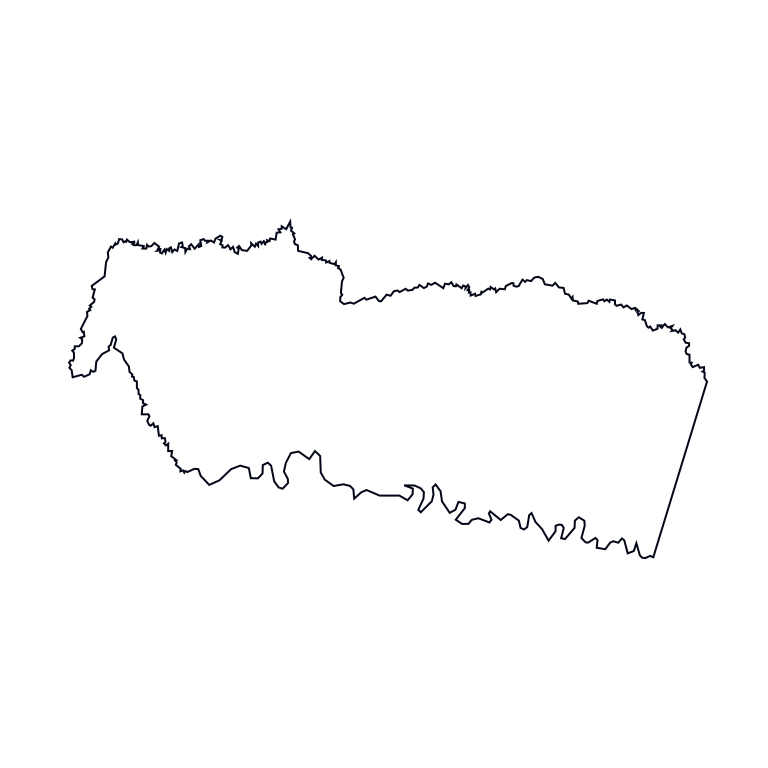 Mapiripán, Meta, Colombia (Natural Earth projection), rotated 17°
{"feature_id": "7082276B47302113121733", "entity_name": "Mapiripán", "entity_type": "district", "adm_level": 2, "iso_a3": "COL", "parent_name": "Colombia", "parent_adm1": "Meta", "projection": "natural_earth1", "projection_center": [-72.385, 3.106], "detail": "fine", "context": "isolated", "style": "outline", "palette": "ink", "viewbox_px": 768, "rotation_deg": 17, "n_neighbors": 0, "source": "geoboundaries", "source_scale": "gbopen_adm2", "svg_char_len": 6112}
<svg xmlns="http://www.w3.org/2000/svg" viewBox="0 0 768 768"><g transform="rotate(17 384 384)"><path d="M88.4,322.8L88.4,327.4L86.8,329.1L85.9,328.1L84.7,333.0L82.7,332.4L81.4,339.1L83.4,343.4L82.6,348.7L85.3,362.8L75.8,375.7L77.6,378.6L79.8,378.1L80.1,386.6L82.4,387.5L82.8,390.2L79.7,394.9L81.5,395.7L80.0,398.2L81.5,399.2L78.9,401.8L80.5,405.7L78.0,420.0L80.6,422.6L81.7,421.8L83.5,426.0L80.0,428.7L82.3,429.4L83.2,433.4L81.2,437.1L77.2,438.5L78.0,441.0L76.1,443.2L78.3,444.7L79.9,449.4L79.8,452.6L77.3,453.1L76.6,455.7L78.9,457.4L78.4,460.5L81.3,462.2L84.3,468.6L92.3,463.5L95.0,464.8L99.6,460.8L99.6,456.6L102.3,457.4L104.2,455.7L102.3,446.6L105.7,437.8L111.3,432.1L109.7,428.8L111.2,426.5L111.1,418.9L112.9,417.1L114.9,419.6L115.1,428.2L124.9,431.2L128.2,436.6L134.9,441.8L137.1,446.8L140.6,448.5L140.8,450.6L142.6,450.4L144.3,453.7L146.9,453.8L148.9,460.2L150.8,461.1L152.3,465.4L154.2,465.8L155.1,469.3L158.4,469.9L159.0,472.7L162.6,473.3L159.5,476.0L161.2,483.8L167.6,481.9L169.1,483.4L168.4,488.6L171.3,491.7L173.1,492.1L174.9,489.0L177.2,492.3L179.9,490.4L183.9,499.3L186.3,498.0L187.4,500.9L190.2,499.8L192.0,503.3L190.9,505.1L193.5,506.5L195.1,504.2L197.2,511.3L201.0,510.0L201.6,515.2L207.6,517.5L206.6,518.3L208.6,519.4L208.6,522.2L214.4,524.6L214.8,527.0L217.1,525.4L218.9,527.1L219.3,525.3L221.7,525.7L227.4,520.6L231.3,519.7L235.5,525.4L246.4,531.6L254.8,524.2L262.7,510.1L270.4,504.1L279.3,503.9L284.2,513.0L291.0,511.1L294.0,505.1L291.8,497.0L295.9,493.2L299.9,495.1L307.4,509.1L313.4,513.7L317.7,513.8L321.2,506.6L319.8,502.9L313.9,497.0L313.2,488.1L315.2,477.3L322.1,473.6L334.5,477.7L337.6,468.3L344.0,471.5L349.4,487.1L355.4,492.8L365.6,496.3L374.5,491.8L381.3,491.4L385.5,493.7L389.0,502.3L394.1,494.0L398.3,490.5L412.5,492.0L431.3,486.2L440.6,488.3L443.6,481.1L442.2,475.6L432.9,475.0L443.1,472.1L449.8,473.1L453.8,475.8L455.3,482.0L453.6,494.3L456.7,495.9L464.0,482.2L463.7,475.4L460.8,468.6L462.8,465.0L469.5,470.1L473.8,479.3L484.5,488.0L489.1,483.3L489.7,475.0L496.2,474.6L497.6,479.1L492.3,492.8L499.5,495.0L505.6,493.1L507.7,488.2L513.5,484.8L525.4,485.6L526.5,482.4L522.2,477.2L522.7,474.7L535.4,479.9L540.5,472.3L543.6,472.1L552.9,475.2L556.7,481.7L560.5,482.2L562.8,478.9L561.2,467.0L562.8,464.3L569.4,471.8L577.5,476.5L587.2,485.7L591.1,474.7L589.6,469.4L592.6,467.2L595.3,466.8L598.0,469.1L598.5,479.7L602.4,479.4L608.3,465.9L606.5,458.8L609.3,454.5L615.6,456.2L617.4,460.9L617.8,473.5L623.1,476.5L625.6,476.0L631.2,469.4L633.8,470.8L635.3,478.4L643.9,477.3L646.7,469.5L649.4,467.3L654.4,467.3L656.7,462.1L659.5,463.3L666.6,474.7L671.7,470.7L671.9,462.5L678.6,472.8L681.5,474.6L684.6,474.2L688.8,470.6L692.2,470.9L692.2,287.2L688.7,284.5L687.5,279.6L685.0,278.9L686.2,277.7L685.1,274.3L681.3,276.2L678.9,273.7L674.3,277.6L671.7,275.6L672.0,273.7L669.9,274.1L667.6,266.7L664.6,266.8L662.9,264.6L662.6,260.8L664.6,258.3L663.8,255.8L660.4,256.3L657.7,253.8L658.4,251.7L656.8,248.6L653.9,248.5L651.4,245.2L650.3,248.9L647.1,247.4L643.8,249.1L644.3,248.0L641.8,246.9L642.8,244.1L639.0,246.8L635.0,244.6L633.1,249.2L631.4,248.3L631.8,246.9L628.5,247.9L629.4,251.2L625.5,254.3L621.7,251.2L620.5,252.8L618.5,251.9L614.9,246.7L612.2,246.7L611.8,240.1L609.2,240.7L607.0,243.7L605.5,241.3L606.3,239.8L602.9,238.2L603.1,239.7L601.4,238.1L598.8,240.0L593.2,237.9L590.7,240.7L587.6,238.7L583.5,241.2L581.6,240.3L580.5,236.6L575.4,237.1L575.5,239.5L572.4,238.1L570.5,240.4L568.8,239.0L563.8,242.2L564.0,245.1L555.4,244.5L554.8,247.2L546.3,250.5L545.2,248.4L540.2,248.9L538.9,245.8L538.4,247.7L534.6,244.5L530.7,244.7L527.6,239.6L523.1,240.5L518.1,237.2L516.4,240.7L508.7,241.6L505.1,237.2L500.2,236.4L496.7,238.2L494.5,242.6L490.2,242.9L489.1,245.1L485.9,243.7L484.2,250.8L482.6,252.1L479.2,252.2L478.3,249.8L476.8,250.0L471.9,254.6L471.8,258.1L466.7,259.1L464.4,263.4L462.4,260.1L461.5,261.4L457.6,260.0L457.8,262.6L455.8,262.3L451.5,267.7L450.2,267.3L450.4,269.9L445.8,273.1L444.7,271.1L441.0,274.1L439.9,271.0L438.4,271.7L438.0,269.2L436.5,269.7L437.3,266.7L435.4,264.8L433.9,268.5L433.6,266.9L430.9,266.7L430.3,269.7L424.1,267.6L424.2,269.5L422.0,270.0L418.6,267.0L416.9,269.7L413.0,270.3L412.7,275.0L403.2,272.2L400.2,275.4L396.7,275.0L396.4,278.4L394.1,280.6L388.9,278.9L388.1,281.9L385.0,283.0L383.6,285.7L379.5,287.7L376.9,286.6L372.0,291.6L369.7,290.6L366.3,292.4L364.5,297.7L360.4,297.8L357.0,305.8L354.9,306.2L350.3,302.9L342.5,308.5L340.1,307.3L331.7,316.0L328.1,315.9L322.4,319.3L317.9,317.7L316.8,313.7L318.0,310.9L316.2,309.6L313.8,298.1L314.4,294.3L309.0,287.2L306.2,286.6L306.6,285.1L306.4,284.4L303.3,284.7L302.3,281.5L301.5,283.9L296.5,284.0L295.9,282.4L293.2,284.7L292.3,282.8L288.2,283.5L287.8,281.3L285.0,284.1L280.1,281.7L277.8,286.0L276.1,285.1L277.4,284.2L276.6,282.7L273.0,281.1L262.9,281.8L261.0,276.5L257.8,276.2L256.3,274.1L256.6,271.6L253.1,267.5L254.2,266.2L250.2,264.5L250.3,261.5L248.9,261.6L246.8,256.2L245.2,264.6L240.1,263.1L240.8,265.4L237.9,266.9L240.5,269.3L237.1,270.7L238.1,277.6L232.6,278.1L232.8,280.8L230.2,280.6L230.9,282.4L229.0,283.3L230.0,286.0L227.3,282.6L225.9,285.7L224.3,283.9L222.3,285.4L223.3,288.9L220.6,287.2L220.3,290.5L215.8,288.2L216.6,290.3L214.2,296.7L209.0,297.5L205.0,294.4L203.8,296.5L205.4,296.6L206.2,302.2L202.7,301.6L199.5,297.0L197.8,300.1L194.3,296.8L192.1,300.1L189.5,300.6L189.0,298.5L186.4,298.1L186.9,294.6L185.0,294.1L186.6,293.6L186.4,290.6L184.1,290.1L180.4,294.2L180.1,298.4L176.5,297.4L173.6,300.2L173.7,298.5L170.8,299.4L169.2,298.1L166.3,300.2L168.9,305.5L167.0,307.0L166.0,304.5L163.4,310.0L158.7,306.7L157.3,309.3L159.0,311.8L156.3,312.1L155.5,315.9L154.1,312.2L150.2,312.3L151.2,310.9L149.5,307.7L146.9,309.5L147.4,317.2L144.3,316.6L143.0,319.8L140.2,315.6L138.9,317.1L139.7,319.5L136.7,318.5L136.8,322.3L134.8,319.7L133.4,324.1L131.4,323.8L131.0,321.6L128.2,322.8L129.8,320.5L128.4,320.8L128.8,318.4L123.2,316.3L121.2,320.2L118.6,321.4L116.8,320.2L117.1,324.0L113.5,325.0L114.0,322.4L108.2,323.0L107.2,320.5L106.8,323.5L104.5,324.4L102.5,323.8L104.0,322.2L103.5,320.9L99.7,322.7L95.9,321.1L95.8,324.3L95.3,322.8L93.5,324.6L91.4,322.3L88.4,322.8Z" fill="none" stroke="#020617" stroke-width="2"/></g></svg>